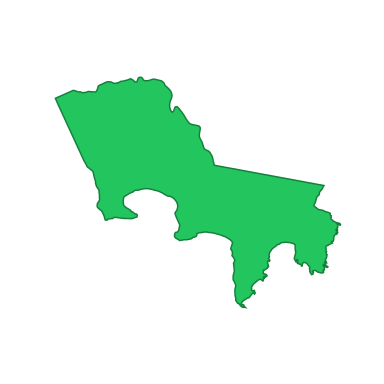 Savannes, Saint Lucia, rotated 11°
{"feature_id": "8701671B93850487776066", "entity_name": "Savannes", "entity_type": "district", "adm_level": 2, "iso_a3": "LCA", "parent_name": "Saint Lucia", "parent_adm1": "", "projection": "robinson", "projection_center": [-60.919, 13.77], "detail": "fine", "context": "isolated", "style": "filled", "palette": "green", "viewbox_px": 384, "rotation_deg": 11, "n_neighbors": 0, "source": "geoboundaries", "source_scale": "gbopen_adm2", "svg_char_len": 6068}
<svg xmlns="http://www.w3.org/2000/svg" viewBox="0 0 384 384"><g transform="rotate(11 192 192)"><path d="M112.1,236.0L113.7,236.0L114.3,235.5L115.0,234.4L119.4,233.1L120.1,231.9L121.4,231.5L130.0,231.0L138.2,229.6L142.6,227.1L142.8,226.4L142.7,225.0L141.5,224.2L140.4,224.4L138.2,223.2L136.0,222.7L135.4,222.4L135.4,221.7L133.0,220.9L132.1,220.4L131.0,220.2L128.0,218.6L127.3,217.6L126.2,214.3L126.0,211.3L126.3,209.6L131.1,205.1L134.3,203.0L135.4,201.5L136.5,201.0L139.4,200.3L142.0,198.8L145.4,197.6L148.5,197.1L152.2,197.1L155.0,197.4L158.7,197.5L162.8,198.5L165.6,199.6L168.9,200.6L171.9,200.5L173.0,200.8L175.9,202.1L177.6,203.6L178.8,204.7L180.2,207.0L180.7,208.6L180.8,210.6L180.6,212.9L179.4,215.3L179.4,216.4L181.2,219.4L186.3,226.7L186.2,232.1L185.6,233.8L185.2,234.2L184.2,234.5L183.5,234.9L183.0,236.4L183.2,238.7L184.4,240.2L189.4,242.0L193.7,240.2L195.5,240.0L199.1,238.6L200.6,237.8L201.8,236.1L203.3,235.7L204.6,234.7L205.0,233.4L204.7,232.0L206.7,230.7L208.8,230.1L212.2,228.8L214.6,228.5L216.1,228.6L218.4,228.2L221.5,228.2L228.1,228.7L231.1,229.3L233.8,229.7L238.5,231.5L240.7,233.0L241.5,234.2L241.0,238.5L240.9,240.7L242.5,242.0L243.5,244.9L243.4,246.9L245.2,248.3L246.9,250.4L246.9,252.5L246.4,253.6L246.4,254.3L247.8,258.4L248.7,262.0L248.4,265.1L248.5,267.3L249.2,270.4L250.8,272.2L252.3,274.5L252.9,275.8L252.7,279.0L253.1,281.6L253.9,284.2L253.9,285.0L255.2,287.9L255.6,290.0L258.0,292.5L259.9,292.9L261.0,294.2L261.8,294.7L262.6,294.6L263.3,295.6L264.3,295.2L264.7,295.4L265.6,295.0L265.9,295.2L266.5,295.2L264.8,294.0L264.7,293.4L264.3,293.0L263.5,292.7L262.8,293.0L261.8,292.5L261.7,291.3L262.9,289.2L265.0,287.1L267.1,285.1L267.5,285.2L268.1,285.0L270.9,279.6L271.8,279.6L272.8,280.3L273.3,279.2L273.2,278.8L272.7,278.4L272.0,276.7L271.3,277.0L270.9,277.5L270.4,277.6L270.1,277.3L269.1,276.8L269.1,275.8L268.6,274.5L268.8,273.1L270.0,270.6L273.6,266.0L275.2,264.8L276.2,264.6L276.5,264.9L277.3,265.1L278.1,265.8L278.9,265.5L278.6,264.5L278.7,263.5L279.4,263.2L279.4,262.6L278.6,262.5L278.5,262.1L278.9,261.6L278.9,261.1L279.7,260.9L279.7,261.1L280.4,261.4L280.4,260.7L281.4,260.5L281.6,260.1L281.5,259.5L280.6,258.8L279.9,258.8L279.0,258.5L278.5,258.7L277.6,258.3L277.3,257.7L277.2,255.0L277.9,255.0L279.7,253.2L279.9,252.8L280.4,252.5L280.4,251.8L281.1,251.2L281.4,250.6L281.3,250.2L280.7,250.0L280.7,248.8L279.8,247.5L279.5,246.1L279.9,245.1L281.2,245.3L281.5,244.1L279.9,242.7L280.3,241.5L280.3,240.5L279.8,240.1L279.7,239.7L279.8,236.5L281.5,232.7L282.8,231.0L284.6,229.2L286.0,227.3L287.6,226.6L289.3,224.7L292.8,223.7L293.4,223.3L295.3,223.3L297.9,223.0L301.4,223.3L303.0,223.9L303.6,225.2L304.0,227.6L305.5,232.3L305.2,233.9L305.1,237.8L305.3,238.4L306.0,239.0L306.8,240.0L307.1,240.6L307.4,240.6L307.7,238.9L308.0,238.2L308.8,238.7L309.0,239.4L308.6,241.0L309.2,242.0L309.6,241.9L309.9,241.5L310.6,242.2L311.4,242.3L312.1,242.2L313.2,243.0L313.6,243.8L314.2,243.7L314.2,242.2L314.1,240.9L315.1,240.0L316.9,239.6L319.1,240.8L321.1,242.6L321.9,243.1L321.9,244.8L322.8,246.7L322.7,247.5L324.0,249.3L325.2,250.3L326.4,249.6L326.4,248.8L326.6,247.9L326.3,247.3L325.8,247.5L325.4,247.1L325.8,246.3L327.6,245.4L329.2,245.9L330.9,246.7L332.0,246.5L332.6,246.8L334.3,246.8L335.1,246.7L336.1,246.2L336.5,245.6L336.2,244.9L335.6,244.6L335.8,244.2L336.1,243.1L336.8,243.1L336.8,242.8L336.5,242.2L336.5,240.9L334.7,238.9L334.7,238.1L335.4,238.0L336.0,238.2L337.0,239.4L338.1,240.1L339.0,240.3L339.7,239.6L338.3,238.9L337.2,238.1L335.5,235.6L335.9,235.3L336.7,235.6L337.3,236.1L337.7,236.0L335.7,232.8L336.6,231.1L336.5,228.0L336.2,228.1L336.2,227.6L335.9,227.6L335.4,225.9L335.0,225.6L335.5,224.8L334.5,223.7L334.5,222.0L333.8,220.7L334.0,220.1L334.1,219.3L334.8,218.8L335.2,218.8L335.9,218.4L335.9,218.1L336.6,217.4L338.4,216.3L338.6,215.3L339.4,215.3L338.6,214.1L338.9,214.1L340.0,213.5L340.2,211.7L339.8,210.0L340.0,207.7L340.6,206.7L341.1,206.2L342.1,206.0L342.1,205.6L341.4,205.4L341.4,204.5L341.5,204.3L342.2,204.7L342.5,204.7L342.8,203.8L340.6,202.1L340.6,201.4L340.9,201.2L342.1,201.9L342.0,201.0L341.1,199.5L341.2,199.0L341.8,198.7L341.5,196.3L340.5,195.7L341.3,195.5L342.3,195.6L343.6,196.3L344.0,196.2L344.0,195.5L343.2,194.8L342.0,194.5L340.3,194.6L336.6,193.7L334.0,192.2L333.2,191.0L333.4,190.5L333.2,188.7L332.4,188.5L331.8,187.5L331.8,186.5L330.4,186.3L329.7,186.0L326.6,185.8L324.1,185.0L319.4,185.0L314.3,182.3L314.1,181.9L315.0,179.0L315.5,173.1L317.4,170.3L317.2,168.2L318.1,166.0L318.7,165.2L319.4,163.6L319.6,162.2L320.3,160.5L208.9,161.5L208.1,160.0L207.3,158.2L206.7,157.2L205.9,154.8L204.6,152.7L202.3,150.0L201.2,149.1L200.5,148.7L196.9,147.8L195.9,147.2L194.8,145.7L192.5,141.4L189.1,137.1L188.6,135.9L188.2,134.0L188.0,127.9L187.6,127.0L187.3,126.7L185.9,125.8L178.5,125.7L176.4,125.1L175.0,124.0L172.2,121.3L169.4,118.1L166.8,115.6L163.0,112.3L161.3,111.2L160.9,111.1L160.1,111.3L159.5,111.7L159.2,112.0L159.0,112.5L158.6,115.8L158.1,116.7L157.6,117.3L157.2,117.3L156.2,116.8L154.2,113.7L153.4,111.0L153.2,108.7L153.4,106.4L154.0,103.8L154.0,102.2L154.0,101.2L153.3,99.6L153.3,99.3L151.8,97.0L149.0,94.8L145.1,92.4L143.8,90.5L143.3,90.0L140.8,88.7L133.9,88.4L132.0,88.7L129.0,90.5L126.7,91.4L123.9,91.7L123.0,91.4L121.7,89.8L121.3,89.5L120.4,89.2L119.1,89.2L118.3,89.7L117.5,90.5L117.3,91.2L117.2,92.5L116.9,94.2L116.7,94.5L116.3,94.8L115.2,94.8L112.1,93.1L110.1,92.5L109.7,93.0L109.1,93.2L106.9,94.6L104.8,95.5L103.4,96.3L102.3,96.5L100.8,97.1L98.9,98.8L97.9,99.0L96.0,100.1L93.9,100.1L91.8,99.5L90.0,99.5L89.1,99.9L88.0,99.9L86.7,100.6L86.2,101.1L85.5,101.3L83.3,103.3L82.8,103.4L81.5,104.3L79.8,105.8L79.5,109.3L79.0,111.1L78.4,112.0L77.6,112.4L70.9,113.1L69.3,114.2L65.5,115.5L63.5,115.0L61.6,115.4L56.2,114.8L40.0,126.1L43.6,131.3L80.2,182.2L82.6,184.9L84.6,187.5L84.9,187.5L90.7,190.6L91.5,192.1L93.1,195.9L95.2,199.8L95.7,201.9L97.3,204.9L100.2,207.7L101.3,211.5L101.8,212.6L101.9,214.0L102.6,216.5L102.7,217.5L102.5,218.7L101.6,220.5L101.3,222.0L101.6,223.9L102.0,224.9L102.4,225.3L105.4,227.1L106.6,227.7L107.5,228.4L110.4,232.5L112.1,236.0Z" fill="#22c55e" stroke="#15803d" stroke-width="1.5"/></g></svg>